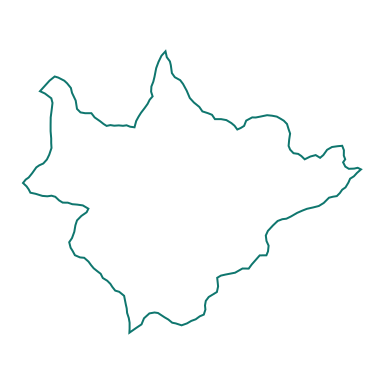 Macedônia, São Paulo, Brazil (Mercator projection)
{"feature_id": "56859067B48877061446759", "entity_name": "Macedônia", "entity_type": "district", "adm_level": 2, "iso_a3": "BRA", "parent_name": "Brazil", "parent_adm1": "São Paulo", "projection": "mercator", "projection_center": [-50.18, -20.097], "detail": "fine", "context": "isolated", "style": "outline", "palette": "teal", "viewbox_px": 384, "rotation_deg": 0, "n_neighbors": 0, "source": "geoboundaries", "source_scale": "gbopen_adm2", "svg_char_len": 2674}
<svg xmlns="http://www.w3.org/2000/svg" viewBox="0 0 384 384"><path d="M260.3,116.6L255.7,117.5L252.2,117.4L246.2,120.6L244.1,125.9L240.7,128.0L237.3,129.5L234.5,125.7L231.4,123.1L226.4,120.1L220.9,119.1L214.9,119.1L212.0,114.8L208.0,113.2L202.4,111.4L199.3,106.9L193.9,102.5L189.8,98.0L186.7,90.7L183.0,83.9L180.2,80.2L174.8,77.2L171.9,73.1L170.8,65.1L169.9,61.4L166.8,57.2L165.5,51.3L161.5,55.7L158.5,61.9L156.2,68.1L154.5,76.8L153.3,81.7L151.4,86.5L151.1,91.7L152.6,96.4L149.7,99.7L147.6,103.9L144.6,108.1L141.0,112.8L138.6,116.6L136.2,121.0L134.5,127.3L130.1,126.7L126.6,125.3L123.0,125.8L118.8,125.4L114.2,125.7L110.4,125.1L106.6,125.9L103.6,124.0L100.2,121.3L94.6,117.4L91.4,113.2L85.1,113.2L80.5,112.4L77.0,108.9L75.7,100.6L72.0,92.8L70.9,88.0L67.1,83.3L64.3,80.7L58.3,77.6L54.7,76.5L49.6,80.6L40.0,91.2L44.9,93.5L51.3,98.3L52.5,102.9L51.9,108.0L50.7,117.4L50.6,124.5L50.6,131.2L51.2,138.4L51.2,143.1L51.5,148.0L49.2,154.8L46.9,159.5L43.3,163.5L39.3,165.3L36.3,167.4L32.1,173.3L28.7,177.5L25.7,179.6L23.0,183.0L26.6,186.4L28.7,189.4L30.4,192.7L35.6,193.8L42.4,195.9L47.4,196.3L51.5,195.7L55.3,196.8L59.1,200.4L62.7,202.6L67.9,202.7L72.3,204.2L77.2,204.6L82.8,205.4L88.4,208.7L86.6,212.3L81.4,215.9L77.0,220.4L75.4,225.3L74.3,231.8L72.0,238.1L69.2,242.2L70.6,247.7L72.6,250.9L74.9,255.2L80.0,257.4L84.2,257.8L88.5,261.6L91.2,265.3L93.7,268.3L97.3,271.2L100.7,273.8L102.8,278.0L107.2,280.7L110.4,283.9L112.3,286.9L115.2,290.6L119.2,291.8L124.1,295.8L125.8,304.4L126.7,308.4L127.1,312.9L128.8,318.1L129.6,322.8L129.6,328.8L129.4,332.7L136.1,328.0L141.5,324.4L144.0,318.3L149.4,313.4L154.5,312.5L158.0,313.0L164.7,317.4L168.3,319.5L172.2,322.7L175.7,323.4L181.6,325.3L187.0,323.4L191.3,320.9L195.7,319.3L199.8,316.3L203.8,314.6L205.4,309.6L205.0,305.4L205.8,300.9L208.7,297.0L216.9,292.0L218.1,286.4L217.2,277.8L220.9,275.6L225.3,274.6L235.1,272.7L242.5,268.5L248.7,268.6L251.7,264.5L259.7,255.4L266.4,255.3L268.0,251.4L268.6,245.7L266.5,241.0L265.8,235.5L267.9,230.9L272.8,225.6L277.6,221.0L282.3,219.2L286.4,218.7L290.9,216.5L297.1,212.9L302.6,210.5L307.0,208.8L313.3,207.4L318.8,206.0L323.7,203.0L329.0,197.7L333.0,196.7L336.8,196.1L339.8,193.1L342.2,189.7L345.5,187.4L348.4,182.6L350.1,178.7L353.9,176.3L357.0,172.9L361.0,169.4L357.7,167.8L354.1,168.6L348.8,168.8L345.3,166.6L343.1,162.3L345.2,159.3L343.8,155.6L343.9,150.2L342.2,145.8L337.7,146.2L332.0,147.0L327.1,149.8L323.3,155.1L320.1,157.8L315.7,155.1L310.4,156.5L304.7,159.3L301.3,156.0L298.2,153.9L293.5,153.2L290.1,149.6L288.6,145.9L289.2,139.5L290.1,133.6L288.6,129.2L287.0,124.0L283.8,120.7L280.7,118.8L276.8,116.6L272.0,115.7L267.1,115.2L260.3,116.6Z" fill="none" stroke="#0f766e" stroke-width="2"/></svg>